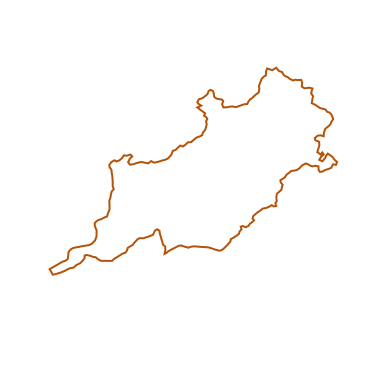 outline of Uruana, Goiás, Brazil, rotated 48°
{"feature_id": "56859067B12485635102711", "entity_name": "Uruana", "entity_type": "district", "adm_level": 2, "iso_a3": "BRA", "parent_name": "Brazil", "parent_adm1": "Goiás", "projection": "mercator", "projection_center": [-49.648, -15.615], "detail": "fine", "context": "isolated", "style": "outline", "palette": "amber", "viewbox_px": 384, "rotation_deg": 48, "n_neighbors": 0, "source": "geoboundaries", "source_scale": "gbopen_adm2", "svg_char_len": 3855}
<svg xmlns="http://www.w3.org/2000/svg" viewBox="0 0 384 384"><g transform="rotate(48 192 192)"><path d="M127.7,124.8L128.8,128.0L131.0,128.2L134.0,127.3L132.7,131.5L136.9,130.7L139.0,130.3L142.3,129.6L143.3,132.0L145.7,131.3L147.9,131.7L148.9,134.2L151.4,135.7L153.1,138.0L154.6,140.6L155.2,144.3L156.6,146.4L155.7,149.6L154.5,152.4L154.3,159.4L152.3,161.9L152.5,165.1L152.1,168.3L149.6,169.7L149.6,172.7L149.8,176.1L148.6,178.7L149.6,180.8L150.7,182.9L150.9,188.0L149.8,191.0L148.4,193.6L147.2,196.3L144.9,200.5L141.7,201.7L141.4,205.4L138.5,207.6L135.7,209.6L134.5,211.7L133.1,214.5L132.0,217.2L130.2,219.8L127.1,219.5L125.6,215.8L125.6,212.6L122.9,212.8L121.2,216.5L119.2,218.0L120.0,221.5L119.9,224.8L118.8,227.7L116.6,228.4L115.8,231.9L116.5,235.3L118.3,236.6L121.8,237.1L123.6,238.6L125.5,239.7L127.4,241.0L129.6,242.7L132.4,245.0L134.5,247.0L137.5,248.2L137.9,251.4L139.5,253.8L141.8,256.7L143.4,259.5L147.0,262.5L149.6,264.7L152.2,269.7L153.3,271.5L152.3,274.2L151.4,277.8L150.4,279.9L149.8,282.1L150.0,285.1L152.4,287.0L156.7,288.6L159.3,291.0L161.2,292.8L163.2,296.6L163.4,301.2L162.6,304.0L160.3,307.5L158.3,310.7L156.9,313.2L155.6,315.1L154.0,318.1L153.5,320.8L154.1,324.1L156.7,326.7L158.7,329.4L158.3,332.4L157.2,334.6L154.1,349.4L160.3,350.8L161.9,348.1L162.9,345.8L164.0,343.4L165.6,339.0L166.0,336.9L167.0,333.6L169.0,330.5L168.9,327.0L170.1,322.5L169.9,318.9L169.2,316.0L167.4,314.3L168.5,312.2L171.7,310.1L174.3,308.8L176.1,307.2L178.5,307.0L182.0,305.9L185.0,302.6L187.4,300.1L189.7,297.5L189.6,294.6L190.2,291.5L190.9,287.4L191.2,285.1L192.5,282.2L192.0,279.4L190.5,277.2L191.1,274.0L191.7,271.6L191.2,269.4L190.9,266.7L190.7,263.9L191.4,261.6L193.6,259.5L194.8,256.9L196.5,253.1L197.7,249.4L195.9,245.6L196.4,242.8L199.0,242.1L201.6,243.9L204.2,245.0L206.3,246.1L209.3,247.5L211.8,248.8L214.5,248.3L217.3,250.6L219.6,253.8L220.2,251.7L220.2,249.3L220.9,246.1L221.9,242.4L223.1,237.8L224.4,235.9L227.8,234.0L231.1,231.8L231.9,229.6L233.6,227.0L236.3,224.4L237.9,222.9L239.9,221.0L242.4,218.5L244.2,216.8L246.7,215.3L251.2,212.8L254.2,210.7L255.0,208.7L255.3,206.4L255.0,200.8L254.5,196.6L253.0,194.7L253.7,191.8L254.2,188.8L254.5,185.0L253.1,182.9L252.9,180.2L250.4,179.0L251.2,177.0L254.0,175.8L255.0,173.0L254.3,170.2L254.6,168.0L254.6,164.9L252.2,164.7L250.9,162.7L250.9,157.8L251.5,153.7L251.6,150.7L253.5,147.5L254.5,144.8L255.1,141.6L257.4,140.9L258.7,138.9L256.1,137.5L255.5,135.1L253.6,133.8L251.5,132.0L250.1,129.9L250.2,124.2L248.3,121.5L247.1,119.7L244.4,119.7L242.4,118.5L242.8,116.3L243.3,113.5L242.4,110.0L242.6,107.6L242.8,104.1L245.5,100.2L246.3,97.0L245.9,92.6L246.9,88.4L249.3,87.1L251.8,86.4L253.7,85.2L255.0,82.7L257.6,80.9L260.3,83.1L262.6,83.5L264.1,81.4L264.7,78.4L266.0,75.7L267.2,72.4L265.8,68.7L268.2,66.8L266.7,64.1L263.7,64.5L259.7,64.1L254.3,65.4L254.8,68.1L255.9,70.4L256.4,74.6L253.2,75.9L252.2,72.4L252.2,69.0L249.8,68.7L250.2,71.3L246.2,72.2L242.7,66.3L239.7,63.9L236.1,65.7L234.1,64.8L234.2,61.0L235.8,58.6L238.7,56.8L236.9,55.1L235.2,52.6L234.2,50.6L234.4,47.8L234.4,44.0L233.2,41.7L232.3,38.3L230.0,37.3L227.2,36.5L225.0,36.7L222.7,37.9L220.1,37.6L217.4,39.3L215.3,40.7L209.5,42.1L206.1,43.6L204.6,41.7L201.7,37.9L198.3,37.4L195.7,33.2L193.1,34.9L191.7,36.9L190.1,39.1L187.1,39.9L184.5,36.9L181.6,35.9L179.6,38.6L177.7,40.1L176.8,42.2L173.6,43.6L170.3,44.1L168.3,45.3L166.0,45.5L163.1,44.8L160.4,46.4L156.0,46.3L155.2,50.9L152.5,52.3L150.5,53.5L152.0,56.4L154.8,59.1L154.3,61.6L154.5,64.5L156.2,67.8L158.0,71.3L160.5,73.0L162.7,75.9L162.3,79.3L162.4,84.4L162.1,86.8L162.5,89.5L163.6,92.0L161.6,94.7L160.1,98.3L158.3,102.6L155.6,104.6L154.1,106.5L152.5,109.2L150.1,112.1L146.9,110.9L145.3,107.9L143.2,107.9L141.4,109.5L139.0,111.3L136.1,111.8L133.0,109.7L131.0,108.9L128.5,109.9L128.1,112.1L129.6,115.0L129.6,117.3L129.2,121.6L127.7,124.8Z" fill="none" stroke="#b45309" stroke-width="2"/></g></svg>